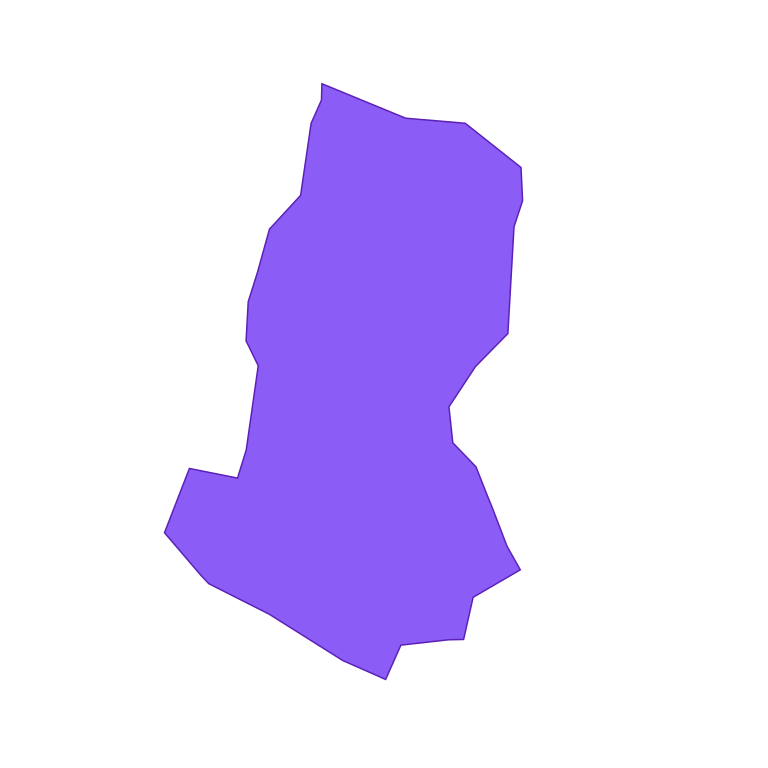 Bayan-O'ndor, Övörhangay, Mongolia (Equal Earth projection), rotated 33°
{"feature_id": "93677404B89129969476905", "entity_name": "Bayan-O'ndor", "entity_type": "district", "adm_level": 2, "iso_a3": "MNG", "parent_name": "Mongolia", "parent_adm1": "Övörhangay", "projection": "equal_earth", "projection_center": [104.264, 46.509], "detail": "fine", "context": "isolated", "style": "filled", "palette": "violet", "viewbox_px": 768, "rotation_deg": 33, "n_neighbors": 0, "source": "geoboundaries", "source_scale": "gbopen_adm2", "svg_char_len": 626}
<svg xmlns="http://www.w3.org/2000/svg" viewBox="0 0 768 768"><g transform="rotate(33 384 384)"><path d="M381.0,127.8L310.1,121.1L257.4,149.3L168.4,166.0L176.9,179.9L180.9,205.1L211.3,271.2L203.6,316.5L217.0,359.0L225.3,388.9L244.8,422.9L268.6,437.2L304.4,514.4L312.4,542.7L266.8,560.8L280.9,628.3L335.0,644.3L345.9,646.9L413.1,639.6L499.9,638.4L546.3,630.9L540.4,593.8L577.4,563.4L589.9,554.9L574.9,514.3L599.5,465.6L575.6,453.1L549.1,433.8L542.2,428.8L532.4,422.0L506.3,403.4L473.7,395.8L450.9,367.8L451.2,319.7L460.4,274.2L407.4,181.3L400.4,154.8L381.0,127.8Z" fill="#8b5cf6" stroke="#5b21b6" stroke-width="1.5"/></g></svg>